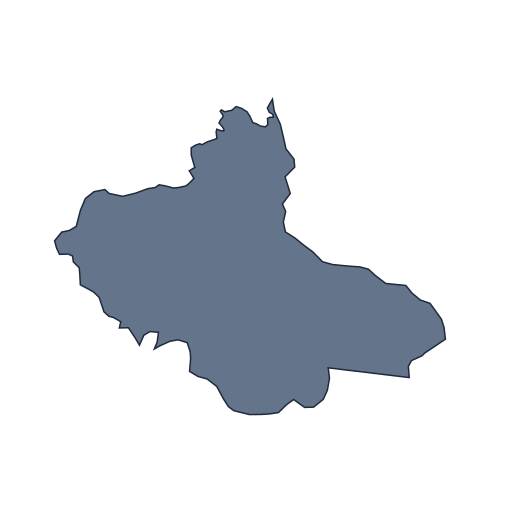 outline of Vasa Kellakiou, Limassol, Cyprus, rotated 280°
{"feature_id": "46923920B10749704770194", "entity_name": "Vasa Kellakiou", "entity_type": "district", "adm_level": 2, "iso_a3": "CYP", "parent_name": "Cyprus", "parent_adm1": "Limassol", "projection": "albers", "projection_center": [33.23, 34.801], "detail": "fine", "context": "isolated", "style": "filled", "palette": "slate", "viewbox_px": 512, "rotation_deg": 280, "n_neighbors": 0, "source": "geoboundaries", "source_scale": "gbopen_adm2", "svg_char_len": 1975}
<svg xmlns="http://www.w3.org/2000/svg" viewBox="0 0 512 512"><g transform="rotate(280 256 256)"><path d="M223.5,62.2L225.3,70.7L224.1,75.4L218.5,77.1L213.8,83.9L206.8,85.8L197.1,88.0L194.2,97.1L192.2,102.5L188.0,108.7L174.6,116.0L171.1,121.6L170.7,126.3L167.8,134.2L161.4,133.9L163.2,142.8L154.3,151.3L147.9,156.7L158.5,159.3L163.2,164.7L163.9,173.2L154.0,173.6L146.8,172.0L150.7,176.7L157.1,186.1L159.9,193.9L158.7,203.3L150.3,207.8L143.9,209.4L130.8,210.6L127.3,219.8L126.4,229.2L120.7,240.0L109.7,248.7L102.9,254.9L99.8,261.0L98.7,277.0L100.8,288.3L102.9,297.0L105.7,305.3L115.1,312.1L121.2,318.0L115.3,330.2L117.2,339.0L126.6,347.2L136.2,349.6L148.4,349.6L157.8,346.7L158.4,346.5L162.9,428.0L173.8,425.2L180.0,427.3L186.6,436.8L189.7,439.0L207.0,457.0L218.5,453.5L226.0,449.5L234.2,441.2L234.5,440.9L239.6,435.6L241.2,425.4L246.6,416.0L253.0,408.7L252.2,398.1L251.5,388.5L257.6,376.7L262.6,368.9L263.3,360.2L261.9,346.3L260.9,332.9L261.9,322.5L269.8,311.4L275.0,301.1L280.4,291.4L284.8,280.8L294.2,277.0L305.0,277.5L311.8,273.0L323.5,278.9L339.0,270.9L350.3,278.7L358.0,276.6L366.7,266.9L377.7,262.4L390.1,257.0L401.8,248.8L410.5,245.9L413.3,245.0L408.6,243.2L403.7,241.5L400.0,244.0L398.4,247.9L395.7,249.0L394.9,245.3L393.4,243.4L387.5,244.8L384.9,242.9L384.7,237.8L386.2,233.8L386.8,229.7L392.8,225.5L396.5,222.1L398.9,216.1L399.7,210.5L395.2,206.7L392.6,200.1L393.9,196.6L392.4,195.6L388.5,199.4L386.5,199.0L383.3,197.2L380.5,196.5L377.8,200.1L374.9,202.6L373.6,202.5L373.4,198.9L374.1,195.4L371.2,195.2L365.0,197.1L363.0,193.9L360.1,188.4L356.2,183.5L356.8,181.1L354.5,177.0L351.3,173.4L350.1,173.6L344.2,174.7L336.5,178.4L332.6,180.4L328.4,175.5L321.6,181.4L315.9,177.5L312.9,174.9L310.1,168.1L308.6,162.9L309.3,154.3L309.3,148.2L305.9,144.8L303.5,137.7L297.0,126.5L291.6,114.3L292.1,100.4L295.2,95.7L291.2,85.3L283.0,78.0L270.8,75.2L253.9,73.8L248.7,67.7L245.8,60.5L236.0,55.0L228.9,58.4L223.5,62.2Z" fill="#64748b" stroke="#1e293b" stroke-width="1.5"/></g></svg>